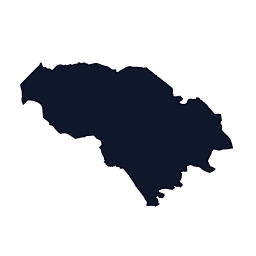 the district of Constantin Daicoviciu, Caras-Severin, Romania, rotated 258°
{"feature_id": "2599482B96346820083333", "entity_name": "Constantin Daicoviciu", "entity_type": "district", "adm_level": 2, "iso_a3": "ROU", "parent_name": "Romania", "parent_adm1": "Caras-Severin", "projection": "albers", "projection_center": [22.174, 45.533], "detail": "fine", "context": "isolated", "style": "filled", "palette": "ink", "viewbox_px": 256, "rotation_deg": 258, "n_neighbors": 0, "source": "geoboundaries", "source_scale": "gbopen_adm2", "svg_char_len": 5738}
<svg xmlns="http://www.w3.org/2000/svg" viewBox="0 0 256 256"><g transform="rotate(258 128 128)"><path d="M140.8,204.1L142.1,203.4L142.5,202.8L143.0,201.7L142.3,201.0L141.4,200.3L141.3,200.0L141.3,199.5L141.5,199.0L141.9,198.8L142.0,198.7L141.9,197.7L142.0,197.3L142.1,196.8L142.9,195.7L143.0,195.2L143.1,194.7L143.0,194.0L142.9,193.5L142.6,192.8L142.0,192.3L141.2,191.9L140.7,191.7L140.1,191.2L139.8,190.8L139.4,190.2L139.2,189.4L138.9,187.8L139.1,187.3L139.6,185.8L140.7,184.0L141.0,183.2L141.8,182.7L142.0,182.5L142.2,182.1L142.3,182.0L142.8,183.2L143.1,183.1L143.7,184.5L144.0,184.9L144.2,185.2L144.3,185.8L144.5,186.1L145.0,186.7L145.3,187.0L145.6,186.6L146.7,186.3L147.0,185.7L147.9,185.5L148.1,184.6L148.2,184.1L148.1,182.8L148.5,180.4L148.7,179.8L148.7,179.0L148.8,178.9L149.5,178.4L149.8,178.1L150.5,178.5L151.3,178.7L151.6,178.6L152.0,178.3L152.3,178.2L152.5,178.0L153.1,178.2L153.4,178.3L153.5,178.5L154.1,178.8L155.7,179.2L156.1,179.3L157.3,179.1L158.5,178.4L160.2,177.1L160.7,176.5L163.6,174.2L166.9,171.4L169.4,169.4L170.7,168.1L170.9,167.9L171.4,167.4L172.2,166.8L173.2,166.4L173.4,165.9L175.2,164.4L179.2,161.2L180.6,159.9L181.6,159.1L182.3,158.9L182.7,158.5L182.7,158.4L182.6,158.0L182.6,157.7L182.8,157.5L183.0,157.0L183.1,155.8L183.1,155.3L183.2,155.2L183.2,154.9L183.5,154.5L183.4,154.2L183.6,154.1L183.5,153.6L183.9,153.6L183.9,153.4L184.1,153.4L184.1,153.1L184.0,152.9L184.4,152.1L185.2,149.5L185.6,147.7L185.8,147.2L186.1,145.5L186.7,144.1L187.4,142.6L187.5,141.1L187.4,139.1L187.2,138.6L187.2,138.4L186.7,137.4L186.4,136.8L186.0,136.4L186.0,136.1L186.2,135.6L186.1,135.3L185.6,134.0L185.6,133.7L185.2,132.7L185.0,132.3L184.9,131.4L183.8,130.5L183.7,130.1L183.9,129.6L184.1,129.3L184.4,128.7L185.4,127.6L186.0,127.3L187.1,127.8L187.2,127.2L187.5,126.7L187.4,125.3L187.6,124.9L188.4,123.9L188.7,123.6L189.3,122.9L190.5,122.1L191.3,121.3L192.7,119.0L192.8,118.6L192.9,118.1L194.0,116.3L194.3,115.4L194.7,115.2L196.7,112.0L197.4,110.6L197.6,109.2L197.7,106.6L197.4,105.3L197.7,104.7L197.5,103.4L197.6,102.5L198.8,101.4L199.1,100.0L199.9,99.5L200.3,99.1L200.5,98.3L200.5,96.9L200.2,96.2L200.6,95.1L201.2,94.5L201.8,93.8L201.8,93.3L200.9,92.2L200.7,91.4L201.0,90.0L201.1,89.1L200.8,86.6L200.9,85.9L201.3,85.4L201.7,84.7L201.7,84.0L201.4,82.9L201.3,81.6L201.5,80.8L202.1,80.1L202.3,79.7L201.7,78.3L203.0,76.4L203.4,75.4L203.6,74.4L203.7,72.9L203.4,71.8L202.9,70.9L201.1,68.6L200.1,66.8L199.3,65.8L201.7,63.5L202.0,62.9L202.2,61.0L202.3,60.7L203.2,60.4L203.8,60.0L204.1,59.6L204.2,58.3L204.5,57.8L204.9,57.3L205.7,56.8L206.4,56.6L208.0,56.6L209.3,56.3L209.8,56.3L208.6,55.7L207.5,54.9L205.1,50.9L192.9,32.7L192.3,32.2L191.3,32.1L188.5,32.2L185.9,32.4L180.8,31.5L177.7,30.4L176.2,30.2L173.4,30.7L176.5,35.4L176.4,37.3L175.0,40.9L172.6,45.2L170.0,47.8L166.4,49.1L155.6,47.8L152.8,50.6L150.2,52.5L148.9,52.8L147.7,52.4L146.9,54.4L145.9,55.7L143.0,56.8L139.4,58.9L137.0,60.9L137.0,62.6L136.8,65.1L135.6,67.9L129.1,74.4L129.0,77.9L129.1,81.9L128.6,83.6L129.5,85.3L128.4,93.2L126.7,94.4L124.7,95.5L123.5,96.9L122.0,99.1L119.1,99.6L116.5,99.3L114.9,96.6L110.4,98.2L110.1,97.5L108.4,97.8L105.0,98.8L104.9,98.7L104.2,99.0L102.8,98.9L102.5,99.0L102.2,98.8L101.5,99.3L101.4,99.7L100.6,99.2L99.7,98.1L97.4,100.2L97.1,99.5L96.1,100.2L95.3,100.8L94.3,103.2L94.4,104.2L94.7,104.8L94.0,105.0L94.1,105.3L94.7,106.0L94.1,106.7L94.2,107.2L94.4,107.4L94.5,107.8L94.4,108.2L94.5,108.2L94.7,109.0L94.4,109.6L94.2,109.6L93.4,109.1L93.1,109.1L92.7,109.7L92.8,109.9L93.1,109.9L93.3,110.1L93.0,110.6L92.4,111.0L92.4,111.4L92.2,111.7L91.9,111.9L91.6,112.3L91.1,112.7L90.4,112.4L90.2,112.8L90.3,113.3L90.3,113.9L90.1,115.0L89.4,115.5L86.1,117.3L85.0,117.8L81.7,119.6L77.9,121.0L72.8,123.1L70.3,123.7L56.4,130.4L55.4,130.1L52.2,131.7L52.2,131.9L52.0,132.0L48.8,131.0L48.8,130.6L48.7,130.5L48.4,130.6L47.8,134.9L47.5,136.0L47.1,137.6L46.6,138.6L46.2,138.8L47.1,142.2L47.2,142.3L47.9,141.1L49.8,141.8L51.9,141.8L54.0,140.3L55.3,140.7L55.9,143.1L55.4,144.1L54.1,144.1L52.9,147.0L53.5,148.1L53.8,148.0L54.5,148.5L54.6,149.0L55.7,149.2L56.8,147.1L57.5,146.0L58.5,144.7L59.1,144.3L60.5,144.5L61.5,145.5L61.4,146.3L62.0,148.0L61.7,149.7L61.4,152.6L59.1,158.2L59.9,160.6L61.4,160.2L62.0,160.2L62.2,160.8L62.3,161.7L62.1,162.2L61.8,162.6L61.4,162.9L61.0,163.3L61.0,164.6L61.0,164.8L61.1,165.2L61.1,165.5L61.5,166.0L60.7,166.0L61.2,166.8L61.1,167.0L60.0,167.0L59.8,167.2L60.3,167.9L60.5,168.6L61.6,169.0L63.0,167.7L63.8,167.0L64.3,166.4L66.0,167.7L67.3,168.5L68.4,169.4L68.8,169.3L68.9,169.2L69.5,169.8L70.7,170.2L71.3,170.6L72.4,170.3L73.8,169.4L74.7,169.3L74.6,172.2L74.7,172.8L74.6,173.2L74.6,173.8L74.5,174.3L74.2,175.0L73.9,175.0L74.0,176.3L75.9,176.7L77.9,176.8L78.7,177.1L79.1,178.2L79.2,178.6L79.4,180.2L79.5,181.7L78.1,184.0L77.3,184.9L75.6,189.7L74.5,191.0L72.7,192.1L69.9,195.5L68.0,198.3L68.0,199.6L68.9,202.8L69.8,204.2L71.4,202.6L73.0,200.1L73.9,199.7L76.7,199.2L78.0,198.9L79.3,198.4L83.7,201.9L85.1,203.2L87.6,204.5L89.6,206.6L89.9,207.2L89.9,207.8L88.3,211.0L87.7,212.5L87.7,213.5L87.7,214.5L87.8,215.5L88.0,216.4L87.1,221.8L87.2,224.3L87.0,225.8L91.2,225.7L95.4,225.1L98.1,224.0L101.4,221.7L104.8,219.5L105.8,219.0L106.9,218.7L107.7,218.8L109.0,219.4L110.0,219.5L110.6,219.7L110.9,219.3L111.0,219.2L111.4,219.2L112.0,219.4L112.4,219.2L112.7,218.7L113.2,218.7L113.5,218.6L113.8,218.8L114.2,219.2L114.6,219.3L116.0,219.9L116.1,220.3L116.1,220.6L116.5,220.9L117.0,220.7L117.4,220.7L117.8,220.7L118.4,220.9L121.8,221.1L121.9,220.6L122.3,219.5L122.8,216.8L123.2,215.6L123.2,215.2L124.8,214.3L129.3,211.8L130.2,211.2L131.6,210.4L132.5,210.1L134.0,209.3L136.4,207.8L136.6,207.7L136.7,207.3L137.4,206.7L137.6,206.2L138.0,206.1L138.3,205.9L138.9,205.8L139.3,205.2L140.0,204.2L140.8,204.1Z" fill="#0f172a" stroke="#020617" stroke-width="1.5"/></g></svg>